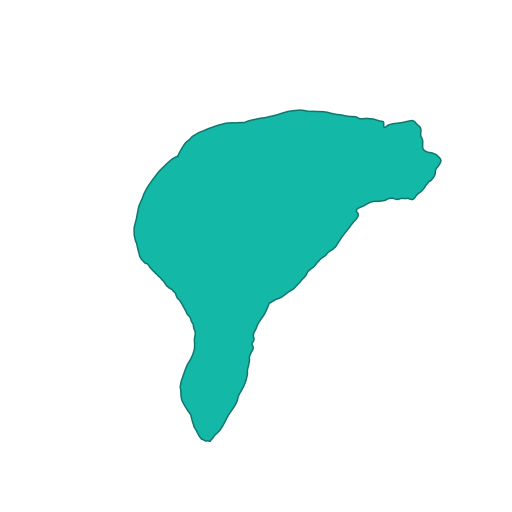 outline of Wiang Kao, Khon Kaen, Thailand, rotated 205°
{"feature_id": "78962969B82148856985692", "entity_name": "Wiang Kao", "entity_type": "district", "adm_level": 2, "iso_a3": "THA", "parent_name": "Thailand", "parent_adm1": "Khon Kaen", "projection": "robinson", "projection_center": [102.254, 16.721], "detail": "fine", "context": "isolated", "style": "filled", "palette": "teal", "viewbox_px": 512, "rotation_deg": 205, "n_neighbors": 0, "source": "geoboundaries", "source_scale": "gbopen_adm2", "svg_char_len": 6023}
<svg xmlns="http://www.w3.org/2000/svg" viewBox="0 0 512 512"><g transform="rotate(205 256 256)"><path d="M278.1,406.7L283.6,403.5L286.9,401.3L288.1,400.5L292.1,397.1L296.5,392.9L298.9,391.0L301.4,389.0L303.0,387.8L305.2,386.0L307.8,384.2L310.0,382.9L310.8,382.3L313.3,380.4L317.8,377.0L320.6,374.6L321.9,373.0L322.9,372.1L325.2,371.0L326.4,370.4L327.1,370.0L328.1,369.5L330.8,368.0L334.2,366.5L337.8,364.6L339.0,363.8L340.2,363.0L340.7,362.6L341.4,362.0L341.7,361.7L343.5,360.2L344.5,359.5L345.3,358.8L346.3,357.8L348.4,355.8L350.0,354.2L351.0,353.3L351.5,352.7L352.6,351.7L354.7,349.4L355.2,348.8L356.7,347.1L358.6,345.1L360.4,343.2L361.8,340.9L363.5,338.6L364.7,336.3L365.1,334.6L365.8,332.7L366.9,330.8L367.7,328.8L368.2,326.4L368.7,322.4L369.1,317.3L369.1,316.6L369.1,315.5L369.1,314.6L369.2,314.3L369.2,313.9L369.2,313.6L369.1,313.4L368.9,313.2L369.9,312.6L371.1,311.2L373.1,308.2L374.7,304.7L376.1,301.3L377.6,297.3L379.1,293.4L380.3,289.1L380.9,286.2L381.9,281.7L383.2,274.2L383.7,268.8L383.8,264.8L383.4,259.6L383.2,251.5L381.4,244.0L380.1,239.0L379.5,235.8L378.6,230.9L377.6,228.2L375.0,223.1L371.5,218.7L369.3,216.7L367.6,214.4L364.8,210.9L361.3,206.6L358.6,204.7L355.8,203.5L354.9,203.2L354.0,202.8L353.2,202.7L352.5,202.7L352.1,202.9L351.7,203.0L351.1,203.0L350.1,202.6L349.0,202.0L348.1,201.3L347.4,200.9L346.7,200.6L346.4,200.5L346.2,200.4L344.6,199.7L343.5,199.3L342.0,198.7L341.0,198.5L340.0,197.9L339.3,197.7L338.8,197.7L338.5,197.6L336.9,197.0L336.1,196.6L335.1,196.3L334.3,196.1L333.5,196.0L332.8,195.5L331.7,195.0L330.4,194.5L328.7,193.8L326.5,192.5L324.4,191.2L323.1,190.9L321.7,190.4L321.0,190.3L320.1,190.2L319.2,190.1L318.5,190.1L317.9,190.1L317.4,189.9L317.0,189.8L316.5,189.4L315.8,189.1L315.1,188.9L314.5,188.7L313.0,188.0L311.7,186.5L310.1,185.1L309.0,184.4L306.7,183.7L304.3,182.2L302.5,180.9L298.9,178.3L295.8,176.0L294.6,174.9L294.2,174.6L294.0,174.4L293.5,174.0L293.0,173.8L291.8,173.4L290.6,173.0L289.6,172.3L288.4,171.1L287.4,170.0L286.7,169.3L285.3,168.4L284.3,167.8L283.7,167.1L282.9,165.6L281.5,163.9L279.6,162.1L278.6,160.9L277.5,157.7L276.7,154.5L274.0,149.4L272.5,145.6L271.7,140.5L271.6,135.6L272.0,131.6L272.3,129.3L272.2,125.6L272.1,123.2L271.5,117.4L271.3,115.3L271.1,113.6L270.8,110.6L269.5,105.6L267.4,102.4L265.2,98.3L265.0,97.8L262.9,94.7L260.4,92.4L257.2,90.1L254.3,88.2L252.2,86.8L248.2,84.6L245.2,81.0L243.4,78.8L241.4,76.8L240.2,75.2L238.4,74.0L235.4,71.9L231.9,69.1L229.3,67.6L227.9,67.0L226.3,67.2L223.5,67.0L221.7,68.1L219.3,68.6L218.9,70.6L218.3,72.5L217.6,76.3L216.3,79.3L215.0,83.1L214.3,88.7L213.8,99.4L213.7,100.4L212.4,108.4L212.0,110.7L211.9,112.8L211.8,114.3L211.8,115.7L211.9,117.1L212.1,118.3L212.5,119.7L212.7,121.5L212.7,123.8L212.5,126.6L212.3,128.3L212.3,129.6L212.1,131.6L212.2,135.3L212.4,138.5L212.9,141.2L213.0,141.6L213.5,143.9L214.1,146.0L215.2,148.0L215.9,150.3L216.5,153.8L217.3,156.8L217.5,157.8L218.2,159.6L219.0,160.8L219.5,163.0L219.6,164.1L219.6,165.8L219.5,167.6L219.3,169.4L219.4,170.6L219.7,171.5L220.4,172.6L221.2,173.3L222.1,174.0L222.4,174.6L222.7,175.3L222.7,176.2L222.3,177.2L222.3,178.5L222.9,180.4L223.8,181.3L224.7,182.6L225.3,184.0L225.4,185.3L225.4,187.1L225.2,190.1L225.4,192.0L225.5,194.9L225.4,196.9L224.5,202.3L224.2,203.9L223.8,206.6L223.7,209.1L223.7,212.1L223.8,214.9L223.8,215.9L223.9,216.8L224.0,217.9L223.7,219.3L222.9,220.3L222.2,221.3L220.6,223.5L220.3,224.1L219.8,224.9L219.3,225.3L218.8,225.8L217.7,227.0L216.7,227.9L216.0,228.7L215.2,229.9L214.1,231.9L211.6,236.8L210.1,238.9L208.8,241.0L207.9,242.4L207.6,243.4L207.2,244.8L205.6,249.4L204.8,252.2L204.0,255.0L203.3,256.8L202.7,258.9L202.6,259.5L202.5,260.9L202.5,262.2L202.4,263.9L201.8,265.3L200.3,268.4L199.3,270.1L198.6,272.1L198.1,273.9L197.8,275.6L197.3,277.2L196.8,278.4L196.4,280.2L195.8,281.4L194.4,283.8L193.4,285.4L192.8,287.4L192.4,289.3L191.2,291.5L189.7,293.8L188.9,295.0L188.5,296.3L188.0,297.2L187.6,298.8L187.4,301.3L186.9,304.2L186.6,306.5L186.4,307.9L186.2,309.6L185.7,311.6L185.4,313.3L185.1,314.4L184.8,315.6L184.4,316.9L184.1,318.6L183.8,319.8L183.4,321.6L183.2,322.5L182.9,324.4L182.4,326.2L181.9,328.4L180.9,330.9L180.4,334.0L180.4,335.2L180.5,336.1L180.8,336.9L181.3,337.5L182.0,338.0L182.7,338.3L183.4,338.5L183.9,339.1L184.2,339.7L184.2,340.1L184.3,340.8L184.2,341.4L183.9,341.9L183.5,342.6L182.8,343.3L181.5,344.8L180.7,345.7L179.6,346.9L178.5,348.5L177.3,350.2L176.0,351.9L174.7,353.4L173.5,354.4L171.4,355.8L168.9,356.9L166.4,358.3L165.7,358.8L164.1,359.8L162.3,361.2L160.8,363.4L158.6,365.1L156.5,366.2L153.9,366.5L152.1,366.8L150.4,368.0L149.5,369.0L148.3,369.8L146.6,370.5L145.2,371.0L143.9,371.8L142.3,372.6L140.5,372.6L138.8,373.0L137.9,373.4L137.2,374.4L136.6,376.4L136.4,378.2L135.6,380.7L134.4,382.8L133.3,385.0L132.8,386.7L132.2,389.0L131.9,391.9L131.2,394.0L131.0,395.5L130.6,396.8L129.5,397.9L128.9,399.9L128.4,402.2L128.3,402.8L128.2,403.8L128.2,404.9L128.3,406.0L128.7,407.1L129.0,408.1L129.4,409.2L129.6,410.3L129.5,411.8L128.9,413.9L128.5,416.2L128.3,418.7L128.7,420.7L130.0,422.0L131.8,422.8L134.0,423.6L135.9,424.0L139.6,423.9L142.9,423.0L144.8,422.6L147.5,422.7L149.5,423.3L150.8,424.7L152.6,428.7L153.4,430.5L154.5,432.0L155.9,433.2L157.5,434.5L158.5,436.7L159.8,440.1L161.6,442.1L163.3,442.7L165.1,443.1L166.6,443.7L168.5,444.6L170.5,445.0L171.2,444.8L171.9,444.7L173.0,444.0L175.3,442.3L177.5,440.5L178.6,439.7L180.4,438.4L181.8,437.5L184.3,435.9L187.3,434.1L189.7,432.2L191.4,430.7L192.3,429.3L192.7,428.3L193.1,427.6L193.7,427.0L194.0,426.9L194.5,426.9L194.8,427.2L195.4,428.3L196.0,429.5L196.8,431.0L197.5,431.5L198.5,431.4L200.3,430.8L201.3,430.6L203.3,430.3L205.5,430.0L207.7,429.7L210.1,428.8L213.5,427.6L215.7,426.5L217.5,425.4L218.9,424.6L220.0,424.4L221.1,424.2L222.3,424.3L223.5,424.4L224.1,424.4L224.8,424.2L225.9,423.8L228.3,422.8L230.5,421.9L232.8,421.2L235.1,420.6L237.1,420.2L239.6,419.5L242.7,418.4L245.1,417.8L248.0,417.1L252.1,416.4L256.3,415.1L259.1,413.9L262.1,412.6L266.2,410.9L268.8,409.6L271.8,408.7L274.7,408.0L278.1,406.7Z" fill="#14b8a6" stroke="#0f766e" stroke-width="1.5"/></g></svg>